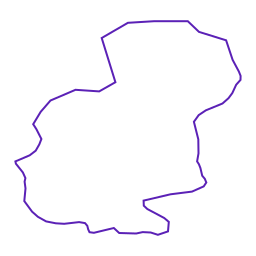 the Municipality of Skrundas
{"feature_id": "LVA-5712", "entity_name": "Skrundas", "entity_type": "Municipality", "adm_level": 1, "iso_a3": "LVA", "parent_name": "Latvia", "parent_adm1": "", "projection": "equal_earth", "projection_center": [21.983, 56.664], "detail": "fine", "context": "isolated", "style": "outline", "palette": "violet", "viewbox_px": 256, "rotation_deg": 0, "n_neighbors": 0, "source": "natural_earth", "source_scale": "10m", "svg_char_len": 922}
<svg xmlns="http://www.w3.org/2000/svg" viewBox="0 0 256 256"><path d="M64.2,223.8L55.8,223.3L46.1,221.4L37.9,216.8L32.1,211.7L24.3,201.1L25.5,188.4L24.6,181.6L25.4,178.1L22.9,172.5L15.9,163.7L15.4,161.4L29.7,155.3L35.7,150.7L39.3,144.4L41.4,139.0L36.4,129.2L33.2,124.2L40.7,111.8L50.5,100.5L75.5,89.8L99.2,91.4L115.4,82.2L101.7,38.0L127.9,22.8L154.1,21.2L187.8,21.2L199.0,31.9L226.1,40.3L232.6,59.8L238.9,71.6L240.6,75.9L240.5,79.9L236.2,84.7L232.3,93.1L228.5,98.2L222.5,103.5L205.9,110.3L198.7,115.1L193.9,121.8L198.3,139.3L198.5,153.4L197.1,161.4L198.9,164.2L200.4,168.0L202.2,175.7L204.8,178.8L206.3,182.5L203.7,186.4L192.0,191.6L170.5,194.3L143.6,200.6L143.8,205.7L147.3,209.0L164.2,218.0L168.8,221.9L168.0,231.4L157.9,234.8L150.7,232.5L142.7,232.1L136.2,233.5L119.2,233.0L113.8,228.0L93.9,232.8L89.5,232.2L88.2,229.4L87.3,225.8L85.0,223.1L79.1,222.1L64.2,223.8Z" fill="none" stroke="#5b21b6" stroke-width="2"/></svg>